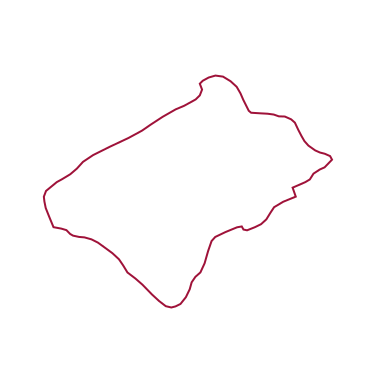 Douigni, Nyanga, Gabon (orthographic projection), rotated 339°
{"feature_id": "22940354B25852434445694", "entity_name": "Douigni", "entity_type": "district", "adm_level": 2, "iso_a3": "GAB", "parent_name": "Gabon", "parent_adm1": "Nyanga", "projection": "orthographic", "projection_center": [10.944, -2.448], "detail": "fine", "context": "isolated", "style": "outline", "palette": "rose", "viewbox_px": 384, "rotation_deg": 339, "n_neighbors": 0, "source": "geoboundaries", "source_scale": "gbopen_adm2", "svg_char_len": 1349}
<svg xmlns="http://www.w3.org/2000/svg" viewBox="0 0 384 384"><g transform="rotate(339 192 192)"><path d="M287.2,233.5L287.5,224.0L301.3,223.4L306.5,222.5L312.0,218.4L319.3,216.8L324.6,216.5L334.3,212.0L333.8,208.0L329.7,203.9L325.6,201.0L321.9,197.3L317.3,190.4L315.2,184.8L314.3,179.1L313.5,172.1L312.9,164.1L310.6,159.7L305.7,154.8L300.2,152.5L296.1,149.0L290.6,146.0L283.7,142.9L275.6,139.2L274.1,136.5L272.9,124.3L272.6,117.3L271.4,109.8L267.7,102.4L262.3,95.4L255.6,91.7L248.6,91.1L241.9,92.0L238.1,93.7L238.1,100.0L233.9,104.6L228.6,106.9L215.6,108.7L206.4,109.0L191.5,111.3L177.6,114.3L167.3,116.8L152.1,118.8L131.5,120.3L112.9,122.1L101.0,124.8L92.9,128.9L84.7,131.8L75.2,133.5L73.7,133.7L69.3,134.3L61.2,137.0L56.1,138.7L52.0,143.3L50.8,148.0L49.7,154.5L49.8,162.8L49.9,167.5L50.1,175.2L56.8,179.3L61.1,182.6L63.2,187.5L65.3,190.1L70.5,193.5L75.3,195.8L81.2,200.2L86.0,205.5L90.5,212.4L95.7,220.5L99.7,228.6L101.4,235.8L102.9,244.0L108.1,252.4L112.5,260.7L117.9,273.3L122.2,282.0L126.6,289.2L131.3,292.4L135.6,292.9L141.1,292.4L148.6,288.0L155.0,282.0L159.3,276.2L164.8,272.4L171.0,270.1L178.2,263.1L185.8,253.0L192.7,244.8L197.6,242.3L208.9,241.4L221.4,241.1L226.1,242.0L226.6,245.5L229.7,247.5L238.1,247.4L244.9,246.8L251.6,244.2L257.9,239.4L263.2,235.6L273.6,233.8L287.2,233.5Z" fill="none" stroke="#9f1239" stroke-width="2"/></g></svg>